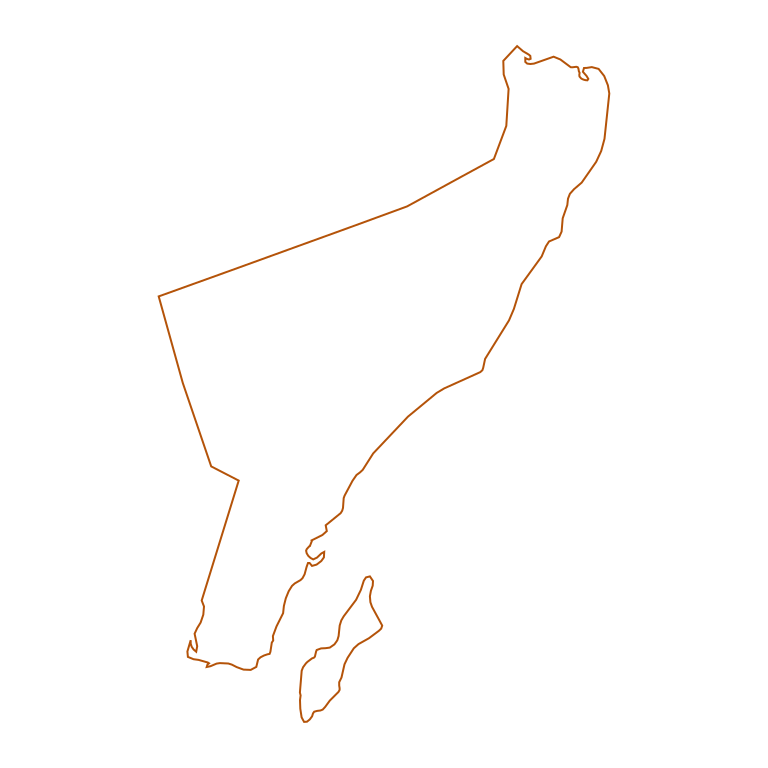 an SVG outline of Ash Sharqiyah South
{"feature_id": "OMN-2406", "entity_name": "Ash Sharqiyah South", "entity_type": "Region", "adm_level": 1, "iso_a3": "OMN", "parent_name": "Oman", "parent_adm1": "", "projection": "albers", "projection_center": [58.929, 21.395], "detail": "fine", "context": "isolated", "style": "outline", "palette": "amber", "viewbox_px": 768, "rotation_deg": 0, "n_neighbors": 0, "source": "natural_earth", "source_scale": "10m", "svg_char_len": 2809}
<svg xmlns="http://www.w3.org/2000/svg" viewBox="0 0 768 768"><path d="M517.1,46.1L523.0,51.2L528.8,54.6L530.3,55.9L530.6,58.8L529.0,59.5L526.9,58.9L525.3,58.0L525.3,61.9L527.2,63.6L530.3,64.0L534.0,63.6L553.6,56.7L560.4,59.5L570.7,67.2L572.3,67.3L576.3,66.8L577.7,67.2L578.4,68.5L578.9,71.4L579.6,72.8L579.5,73.6L579.3,74.9L579.5,76.5L581.2,78.5L582.5,79.2L584.1,79.8L585.8,80.2L587.4,80.3L588.3,78.9L586.6,76.0L582.9,71.8L584.0,68.0L586.7,67.9L591.8,67.1L598.6,68.9L604.2,76.0L607.9,85.3L609.3,93.5L604.5,138.8L601.2,151.0L596.2,161.8L581.7,182.6L574.1,189.1L569.9,193.8L568.0,198.7L567.3,205.1L562.7,218.3L561.6,231.6L559.1,237.1L549.0,241.5L545.9,246.3L541.7,256.4L521.6,284.1L513.9,308.9L509.0,320.4L485.1,358.9L483.2,367.8L482.4,370.2L480.3,372.1L444.2,388.4L436.7,392.9L408.0,416.6L373.2,453.4L362.7,469.9L360.0,472.4L356.5,475.0L352.5,480.8L344.6,495.6L343.7,498.1L343.0,507.9L342.2,510.7L340.7,513.1L325.7,525.3L326.8,531.1L322.4,535.0L311.6,540.4L311.9,540.9L309.9,546.0L309.6,546.0L307.9,547.8L306.7,549.2L306.1,550.7L306.7,553.3L308.3,555.9L310.6,558.0L313.2,559.4L317.0,557.6L321.3,553.5L324.2,551.9L323.9,557.4L321.3,561.0L316.6,564.6L312.0,565.9L309.6,563.0L308.0,563.0L306.6,566.9L304.6,574.3L302.5,578.2L300.5,580.1L294.8,583.4L292.0,585.9L288.7,591.2L285.8,598.3L283.9,605.9L283.1,613.2L276.5,626.4L272.9,636.1L273.2,640.5L271.8,642.6L270.4,651.8L269.6,653.9L267.5,654.3L264.0,655.5L260.5,657.3L258.1,659.5L256.3,666.9L250.7,669.9L243.5,669.6L236.7,667.1L231.8,664.6L228.3,663.5L219.9,663.1L216.6,663.6L210.5,666.2L206.7,667.0L207.5,664.5L209.0,663.3L207.8,662.5L198.6,659.9L193.5,659.2L187.9,656.9L187.4,651.5L190.7,640.2L190.7,643.7L191.7,646.8L193.6,649.5L196.2,651.7L197.2,646.2L194.6,633.7L197.2,628.1L200.6,622.6L203.3,614.7L204.0,606.5L201.7,600.5L238.7,480.6L211.2,466.4L182.8,383.0L158.7,296.4L224.9,272.6L289.8,249.1L350.0,227.3L407.1,206.4L462.5,176.1L493.9,159.0L506.3,125.9L508.6,88.9L503.7,74.5L503.3,60.9L517.1,46.1ZM369.9,596.3L370.4,602.2L372.0,606.8L379.9,621.3L382.2,625.6L381.2,628.6L378.9,630.8L369.0,638.2L358.5,644.1L353.8,648.3L347.6,657.8L344.5,664.3L341.5,677.5L339.2,682.2L339.2,685.3L339.2,685.6L339.6,688.1L339.6,689.9L338.5,691.9L329.8,700.6L325.1,707.0L322.7,709.6L320.4,710.5L317.1,710.9L314.2,711.7L313.0,713.4L312.1,716.3L309.8,719.4L307.0,721.7L304.1,721.9L302.7,719.4L301.6,717.3L300.3,708.7L300.0,700.1L300.6,695.4L300.5,695.0L299.9,692.5L301.7,670.7L303.1,667.2L305.9,663.4L307.4,661.9L312.0,658.4L313.9,657.7L314.4,657.2L314.9,656.6L316.1,651.5L316.7,650.0L321.1,648.4L325.4,648.2L329.8,647.6L334.4,644.4L336.5,641.5L337.4,640.1L338.4,636.7L338.6,636.1L339.7,625.5L341.3,620.4L343.7,616.3L356.1,599.8L360.9,589.8L363.8,580.7L366.0,577.4L369.9,576.4L373.0,581.0L372.7,585.7L370.9,590.8L369.9,596.3Z" fill="none" stroke="#b45309" stroke-width="2"/></svg>